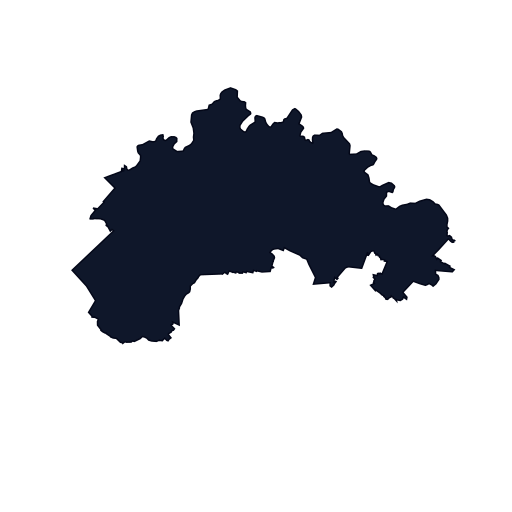 José Sixto Verduzco, Michoacán, Mexico (Albers equal-area conic projection), rotated 36°
{"feature_id": "50627088B2791388082970", "entity_name": "José Sixto Verduzco", "entity_type": "district", "adm_level": 2, "iso_a3": "MEX", "parent_name": "Mexico", "parent_adm1": "Michoacán", "projection": "albers", "projection_center": [-101.555, 20.242], "detail": "fine", "context": "isolated", "style": "filled", "palette": "ink", "viewbox_px": 512, "rotation_deg": 36, "n_neighbors": 0, "source": "geoboundaries", "source_scale": "gbopen_adm2", "svg_char_len": 6153}
<svg xmlns="http://www.w3.org/2000/svg" viewBox="0 0 512 512"><g transform="rotate(36 256 256)"><path d="M393.3,120.2L391.9,118.2L390.5,115.1L388.8,112.8L385.9,111.0L373.9,107.3L372.0,107.8L370.6,108.7L367.4,108.1L363.5,108.4L360.6,109.9L356.2,115.5L354.0,119.8L349.7,122.6L348.0,125.3L344.5,129.0L343.0,131.5L341.7,136.0L337.2,137.4L333.8,137.6L330.9,139.8L329.5,139.9L328.2,139.3L327.1,138.0L326.1,134.8L326.3,130.8L324.1,127.7L325.4,125.6L328.9,124.5L329.0,123.6L328.0,121.5L327.8,119.3L327.5,118.5L326.6,117.9L322.8,117.5L320.2,118.6L316.7,124.7L315.7,127.1L314.8,127.8L309.0,129.5L305.6,129.8L304.4,129.5L301.6,126.6L298.9,124.6L294.8,124.5L293.4,124.0L293.3,122.7L294.1,118.5L295.6,115.2L297.0,113.5L297.1,112.6L296.7,109.8L296.7,107.0L296.3,106.1L295.3,105.5L292.8,105.5L290.3,106.1L287.4,104.7L286.4,104.6L285.3,105.1L282.1,107.3L279.5,109.8L277.4,114.5L272.1,118.7L271.2,118.3L267.2,111.5L265.7,110.3L257.3,108.7L255.2,107.7L253.8,106.3L252.1,105.3L248.0,105.2L246.8,105.7L244.3,111.9L237.7,117.7L236.6,121.0L232.4,123.8L231.8,125.2L232.0,126.6L233.4,128.8L235.6,131.0L235.3,131.7L232.2,131.9L230.5,131.0L229.5,131.4L228.5,133.1L227.3,133.2L225.3,131.4L223.7,131.5L221.5,133.1L220.7,132.8L219.4,129.4L219.4,124.8L218.6,124.0L217.0,123.7L213.0,123.8L211.2,116.8L209.7,115.4L205.5,114.1L201.5,113.8L200.7,114.1L199.7,116.4L200.1,125.7L200.0,126.8L198.8,128.0L198.4,129.2L199.4,131.5L197.8,133.6L196.3,134.6L195.7,135.5L192.6,137.1L192.2,139.3L192.3,142.6L191.9,143.3L191.1,143.7L189.9,143.7L187.4,143.1L185.2,142.1L182.5,139.9L181.3,139.6L179.7,139.9L174.1,142.0L173.7,142.6L173.5,143.5L173.9,144.8L176.2,147.5L176.5,148.4L174.4,153.6L174.2,155.0L174.3,158.2L174.8,160.7L174.7,161.9L173.4,162.6L172.3,162.7L168.9,162.5L167.3,161.5L166.2,159.7L165.9,154.8L167.3,146.9L168.1,144.4L167.8,143.6L166.6,142.8L161.8,143.1L160.6,142.3L159.0,140.5L157.5,138.1L156.0,138.1L153.5,139.5L152.0,139.8L147.4,138.6L144.0,133.5L141.9,133.4L136.6,135.0L133.2,140.1L132.1,143.4L132.1,145.4L132.6,147.0L134.9,149.9L133.9,152.6L132.8,153.6L131.6,155.6L131.3,159.0L129.5,161.5L130.9,164.9L130.7,166.0L122.7,173.7L121.5,175.5L120.6,177.6L121.0,179.7L124.7,185.9L130.0,189.3L133.7,193.2L135.5,196.5L137.7,199.0L137.9,203.2L137.2,205.6L135.0,209.6L134.9,211.0L135.4,213.5L135.2,214.2L130.8,217.9L126.1,218.2L125.1,217.8L124.3,216.4L123.9,213.4L124.6,210.0L122.8,207.4L121.5,207.2L119.9,207.6L117.3,209.4L116.2,211.2L115.4,215.1L114.5,216.1L113.0,216.2L111.9,215.8L111.2,215.0L110.7,213.8L109.4,212.7L107.7,214.4L106.7,216.4L106.7,219.6L107.3,221.7L107.1,222.6L105.6,224.2L102.1,225.7L98.9,232.5L96.0,235.5L95.6,236.6L95.7,237.6L98.7,240.7L100.1,241.7L103.3,242.4L104.4,243.6L106.4,247.1L106.4,253.1L106.1,254.8L104.5,257.3L102.9,261.3L102.0,261.8L100.6,261.8L98.7,260.0L96.5,260.1L98.4,262.9L96.0,263.9L96.9,265.7L98.5,265.2L87.6,281.6L102.0,283.9L100.5,301.7L101.5,301.8L100.2,310.9L96.5,312.7L96.6,313.1L99.2,313.4L98.8,320.3L99.8,323.2L100.2,322.9L100.4,323.2L102.4,321.8L102.4,321.3L108.2,317.3L111.7,316.3L113.0,316.3L116.3,317.8L116.8,319.3L118.2,319.4L118.2,318.9L123.5,321.5L123.9,319.2L126.1,319.3L115.6,375.6L136.5,379.9L152.2,386.3L152.5,386.7L153.7,400.0L158.8,401.1L159.2,401.8L161.0,400.8L161.0,400.4L165.2,399.7L165.8,400.2L166.3,402.2L168.5,405.1L174.3,406.8L174.3,407.3L176.5,407.4L179.3,407.0L179.7,406.4L180.6,406.8L185.5,406.6L185.9,406.9L188.6,406.3L191.4,404.7L197.0,405.5L199.1,404.7L199.6,405.0L200.2,402.8L201.0,402.1L201.8,401.9L205.6,399.0L206.0,397.4L207.8,396.6L210.8,391.0L211.4,387.9L213.6,387.0L216.0,386.6L218.6,387.1L221.5,386.1L225.6,383.6L227.3,380.9L227.9,381.0L228.8,380.1L229.9,379.8L230.5,376.1L233.4,376.7L234.7,376.3L234.6,374.4L235.3,372.2L231.3,371.1L230.9,370.2L232.1,367.5L231.9,365.4L232.8,364.6L232.8,362.8L227.9,362.0L227.7,361.2L228.7,360.3L228.4,359.2L227.3,358.4L234.4,357.0L225.3,345.6L224.6,343.1L224.0,342.4L223.6,338.0L222.2,333.8L221.8,330.1L222.0,327.8L223.1,325.3L223.3,323.9L222.2,321.3L220.5,319.0L221.0,315.6L221.9,313.8L221.6,310.7L221.9,307.6L221.6,306.5L222.0,303.8L238.8,290.6L239.4,290.5L240.3,287.5L241.5,287.2L242.0,287.7L243.7,287.4L243.1,283.8L246.7,282.9L246.7,282.6L249.6,281.6L249.3,280.3L252.2,279.3L252.5,279.7L255.1,277.8L254.7,276.4L257.8,275.3L257.4,274.0L263.2,271.4L262.4,269.1L265.4,268.1L265.2,267.5L270.2,265.4L276.5,260.2L275.2,256.7L276.5,255.9L276.4,254.9L277.8,254.9L275.7,254.9L275.2,255.2L275.2,254.8L275.0,255.5L273.2,251.0L273.2,250.3L272.8,249.9L272.0,246.6L270.8,245.5L267.9,244.9L265.2,245.0L265.1,243.9L265.6,241.0L266.8,239.4L269.5,236.9L274.8,235.5L274.0,232.6L280.3,231.8L291.0,229.5L294.7,230.0L298.9,228.7L303.8,231.7L316.8,238.4L319.0,245.0L331.7,234.0L333.5,236.6L335.4,236.7L336.0,233.7L335.7,232.2L335.8,229.7L335.1,229.8L334.1,231.4L332.3,227.1L335.2,227.3L335.4,225.9L334.2,225.5L335.2,213.4L336.0,211.7L337.4,210.2L348.7,203.8L344.0,187.2L345.9,189.7L346.5,189.4L346.3,184.7L347.6,183.0L348.5,182.6L350.4,183.9L351.2,183.6L352.6,184.7L353.3,183.1L354.5,184.0L356.0,183.6L356.6,184.3L358.0,184.4L359.2,185.5L360.8,184.2L362.6,183.7L362.9,184.6L365.4,183.3L368.6,196.6L366.5,196.9L366.6,197.7L365.1,198.1L364.7,198.8L365.6,200.6L361.9,202.2L363.4,203.6L363.5,204.4L365.8,204.7L366.0,206.9L366.8,208.0L366.8,208.6L367.9,208.7L365.9,212.3L373.0,213.9L373.0,213.1L377.9,213.0L380.9,213.4L382.9,212.9L383.2,213.6L385.6,213.7L386.0,214.4L386.7,214.5L388.0,213.7L388.4,211.3L389.2,210.0L388.9,208.9L389.6,209.1L391.0,208.7L390.7,208.3L391.7,209.3L392.8,209.1L396.2,209.8L395.2,208.8L398.9,207.2L399.9,204.7L399.4,202.6L403.2,202.5L402.3,200.6L396.1,199.1L398.0,184.0L405.0,182.0L410.3,180.1L411.7,177.8L411.9,176.6L415.3,176.1L417.0,176.3L417.9,172.8L417.7,167.4L416.6,166.0L414.6,164.8L412.0,165.1L409.6,162.2L424.1,153.4L424.4,150.6L419.2,151.5L418.9,150.2L413.1,150.9L413.0,151.6L408.6,152.2L408.4,150.8L404.2,150.9L404.2,152.3L401.4,151.0L399.8,151.2L398.7,152.0L400.0,143.5L401.5,129.5L402.0,129.0L404.7,129.6L406.7,129.6L407.8,128.6L407.2,127.5L407.7,126.8L407.1,126.7L406.6,127.3L404.4,127.1L403.1,125.9L400.6,125.7L399.5,127.2L398.5,127.2L396.7,124.3L395.9,124.0L395.3,121.9L395.4,120.5L393.3,120.2Z" fill="#0f172a" stroke="#020617" stroke-width="1.5"/></g></svg>